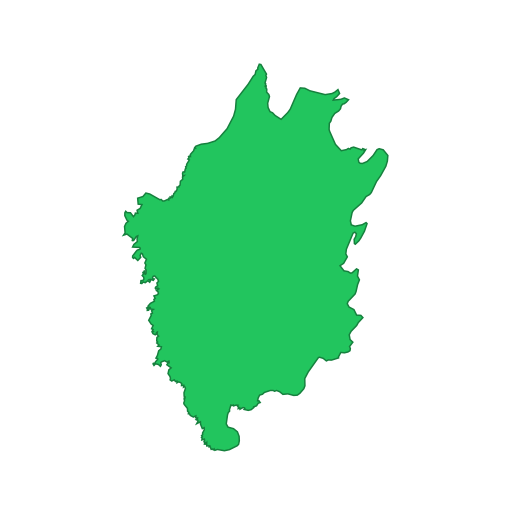 Muang Sam Sip, Ubon Ratchathani, Thailand (Equal Earth projection), rotated 216°
{"feature_id": "78962969B95982372306195", "entity_name": "Muang Sam Sip", "entity_type": "district", "adm_level": 2, "iso_a3": "THA", "parent_name": "Thailand", "parent_adm1": "Ubon Ratchathani", "projection": "equal_earth", "projection_center": [104.738, 15.526], "detail": "fine", "context": "isolated", "style": "filled", "palette": "green", "viewbox_px": 512, "rotation_deg": 216, "n_neighbors": 0, "source": "geoboundaries", "source_scale": "gbopen_adm2", "svg_char_len": 6101}
<svg xmlns="http://www.w3.org/2000/svg" viewBox="0 0 512 512"><g transform="rotate(216 256 256)"><path d="M129.3,222.1L130.0,222.9L130.7,227.8L127.5,229.7L125.2,232.4L124.3,234.6L125.3,236.6L127.1,237.7L127.0,243.2L130.8,243.7L134.3,247.1L134.8,251.0L133.7,258.9L134.1,262.3L133.3,269.0L136.3,269.6L139.8,267.3L145.3,270.2L150.7,269.4L154.1,271.0L154.8,273.5L153.5,283.5L154.2,286.1L157.0,292.6L158.3,297.5L162.1,299.4L165.0,304.9L167.1,304.7L168.4,298.8L169.4,297.7L172.4,297.5L176.1,295.7L182.3,297.5L180.8,301.6L181.6,309.0L184.6,310.5L186.9,314.7L190.9,331.5L190.0,333.4L187.9,333.0L186.7,330.2L186.4,327.2L183.7,323.9L182.6,323.9L181.7,328.7L181.8,332.1L182.8,339.7L185.2,347.5L186.6,347.7L188.4,343.8L193.4,338.3L197.2,337.2L200.3,339.9L203.8,347.7L204.1,350.2L201.7,361.0L201.9,368.8L200.2,372.6L200.0,375.1L202.3,387.1L202.4,394.3L203.7,404.9L205.5,410.0L208.4,414.8L215.5,416.7L219.4,415.2L220.6,413.2L220.3,406.1L221.6,397.8L224.2,393.5L226.2,392.2L227.9,392.3L230.4,394.6L229.5,402.4L229.8,406.4L230.7,405.2L231.0,406.1L232.8,405.6L232.7,404.2L233.5,403.8L241.0,401.5L242.7,399.4L242.7,397.7L244.5,397.3L245.3,395.3L248.9,391.3L257.4,393.0L269.8,400.2L271.3,401.4L274.7,406.5L274.7,409.1L276.0,412.7L276.1,417.6L274.4,421.9L274.2,424.8L275.2,427.1L275.3,429.7L274.2,430.9L273.4,433.3L273.0,436.8L277.4,435.8L279.4,432.7L285.1,427.5L285.4,429.2L284.4,432.3L283.9,436.6L287.5,438.8L288.5,435.0L290.0,432.1L294.9,427.2L309.6,421.3L315.1,420.4L319.0,418.0L318.1,410.6L314.6,394.9L314.6,390.6L316.0,381.3L323.2,380.9L326.8,381.6L329.5,381.0L333.5,383.2L336.4,386.5L338.8,392.9L340.6,394.2L343.7,394.8L345.4,397.4L346.5,397.6L347.7,399.5L348.3,398.8L349.3,401.0L350.4,401.2L352.4,406.7L354.2,407.9L354.4,409.3L364.6,413.8L366.1,413.1L365.1,409.1L364.3,408.3L364.9,405.8L363.4,402.3L363.9,399.7L363.3,390.3L363.9,370.9L358.8,362.6L356.3,356.0L354.2,342.0L355.3,330.0L356.7,325.0L361.3,318.7L366.0,314.3L369.2,309.5L369.3,307.7L368.3,307.7L369.0,306.2L368.3,304.6L368.8,299.6L367.5,298.0L368.7,297.6L369.0,296.8L367.9,296.1L368.1,294.4L366.4,294.5L366.0,289.4L365.1,288.3L365.4,286.8L364.2,286.0L364.4,284.9L363.1,282.0L364.4,281.2L364.1,279.8L362.4,277.8L361.5,278.7L361.9,276.7L360.4,275.0L361.1,272.0L359.1,268.8L359.4,267.0L359.0,266.5L360.4,265.3L359.0,263.6L358.7,261.3L359.3,260.8L358.8,259.2L359.2,258.3L358.2,255.6L358.8,255.4L358.4,254.7L359.1,254.9L358.7,253.9L360.1,253.4L359.3,252.6L360.2,251.9L359.7,250.5L360.2,250.7L360.0,250.0L360.7,249.9L362.4,246.8L363.8,245.6L365.9,246.0L366.9,245.0L378.4,243.7L382.1,242.2L382.4,237.7L385.7,233.2L381.8,228.7L378.5,230.6L377.7,226.4L379.1,223.1L376.7,221.1L378.8,219.8L378.2,218.4L378.3,215.8L383.0,217.2L385.9,215.3L387.7,215.6L387.5,213.9L385.8,211.5L381.4,209.1L379.7,209.0L380.4,206.1L379.7,202.6L375.5,197.8L375.4,195.0L373.3,197.9L366.0,197.7L365.2,195.8L364.6,196.0L364.1,196.7L364.3,201.4L363.5,202.8L362.2,199.8L360.5,198.0L361.6,193.6L361.1,190.7L355.2,194.5L354.2,194.2L353.8,193.3L355.5,191.0L355.7,189.4L355.8,183.5L354.9,182.2L353.6,182.1L353.4,183.5L349.0,182.9L348.5,187.2L350.1,188.3L350.5,190.8L349.2,191.0L346.7,189.2L342.7,189.0L341.8,185.0L339.8,184.1L338.5,180.8L336.7,180.1L334.6,177.1L334.7,176.2L335.8,176.2L337.4,178.3L337.7,177.8L336.8,177.1L337.8,176.2L336.5,175.2L336.6,173.3L334.5,172.9L333.1,171.5L333.2,169.6L334.6,168.5L333.3,166.1L332.2,166.6L331.9,168.7L329.9,169.3L329.0,172.4L326.6,172.3L326.9,174.2L328.5,174.2L327.4,175.3L324.8,175.9L324.8,177.6L326.2,176.8L327.1,177.9L327.2,179.3L326.2,180.3L321.8,179.5L320.0,178.2L320.3,175.9L318.1,174.2L318.9,171.8L318.6,170.8L317.6,170.4L316.5,172.4L315.2,172.4L316.1,169.5L314.4,169.6L312.8,168.1L313.2,166.3L315.1,163.7L312.6,162.4L313.1,160.9L311.6,159.7L313.6,155.7L313.9,152.2L313.3,151.4L313.9,149.7L312.8,149.4L312.0,148.1L311.0,149.0L312.1,151.1L311.9,152.1L311.2,152.1L310.7,150.8L307.7,152.4L308.3,150.4L306.2,148.9L307.0,147.3L305.8,146.3L305.0,140.9L300.7,139.3L298.4,139.4L297.7,135.7L296.0,136.1L295.8,134.6L294.7,134.5L295.5,133.5L293.7,132.6L291.2,133.0L290.9,133.9L291.5,135.7L291.1,136.5L289.9,134.4L287.7,133.9L288.3,131.9L286.4,128.9L285.0,128.6L285.2,127.3L282.2,127.0L282.4,125.2L279.2,127.0L278.3,124.9L279.0,122.1L277.3,117.6L276.9,114.6L275.3,115.2L274.8,114.6L275.1,111.3L274.7,110.1L276.0,108.8L275.9,108.2L274.2,107.5L273.9,109.7L271.1,110.9L268.5,110.6L268.7,112.3L270.3,113.6L270.3,114.7L268.4,117.6L265.7,117.9L264.7,119.8L263.5,118.6L264.3,117.5L264.2,115.6L258.9,115.6L259.6,112.7L258.0,109.1L254.8,108.0L253.3,106.8L252.7,105.3L250.7,105.3L249.3,107.8L247.4,107.1L246.4,108.3L245.4,107.0L244.8,108.5L243.1,109.2L241.2,109.2L240.1,107.4L238.5,108.9L237.6,107.4L237.3,108.4L236.2,108.1L235.2,107.3L233.9,103.1L231.7,100.3L230.7,100.4L230.2,99.7L230.6,98.8L229.7,98.6L229.9,97.9L228.7,96.9L228.0,94.6L227.0,93.8L221.9,92.4L220.1,90.2L218.5,90.0L218.0,88.6L216.9,89.2L215.5,88.4L212.0,88.9L210.7,91.3L209.7,89.7L208.1,90.7L207.8,89.9L208.3,88.4L207.6,88.5L207.3,89.4L205.8,88.3L205.4,85.5L203.5,89.2L202.0,87.3L198.0,84.8L197.0,86.6L195.7,85.0L195.2,81.4L194.2,80.2L194.4,78.7L193.4,78.6L193.4,77.1L192.4,77.0L191.7,75.4L189.8,78.1L190.2,76.8L189.0,76.3L188.9,75.1L187.7,75.2L187.2,73.5L186.4,73.9L186.3,76.2L184.2,73.4L182.5,74.8L181.8,74.1L181.5,75.1L178.6,73.2L177.8,74.2L176.6,74.1L176.5,75.3L175.1,74.6L173.5,76.8L167.1,79.9L163.7,83.7L159.7,91.4L159.4,93.4L160.9,96.7L163.7,100.2L167.7,102.8L172.7,103.1L178.0,101.1L181.4,102.7L185.7,110.8L186.4,113.0L186.2,115.1L187.1,115.9L188.7,120.7L187.5,120.9L186.8,122.1L186.0,121.6L184.4,123.8L182.9,124.6L183.0,123.8L181.5,123.5L180.7,122.1L179.9,123.6L178.9,122.6L177.5,125.7L176.1,126.4L175.3,126.0L175.4,124.9L171.5,126.6L169.6,128.8L168.7,132.2L169.2,132.6L167.5,135.1L167.7,138.1L166.5,139.9L168.5,140.6L169.6,139.8L170.8,142.4L171.3,145.6L169.5,148.0L169.0,150.6L165.4,155.6L163.1,157.3L161.5,157.5L160.3,159.3L157.1,160.1L152.9,159.9L149.2,163.2L143.5,165.4L140.8,167.7L139.8,170.7L139.3,176.7L140.1,179.7L144.5,185.5L145.6,192.9L145.8,210.5L145.2,211.4L141.5,212.7L137.4,212.5L136.4,214.4L133.7,216.2L129.3,222.1Z" fill="#22c55e" stroke="#15803d" stroke-width="1.5"/></g></svg>